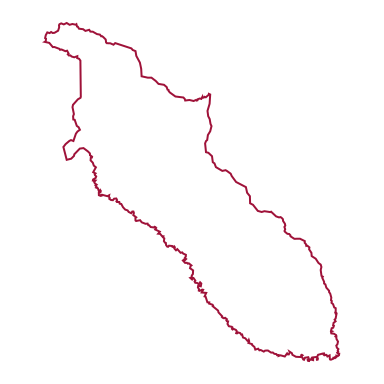 outline of Campo Grande, Mato Grosso do Sul, Brazil
{"feature_id": "56859067B56402233795281", "entity_name": "Campo Grande", "entity_type": "district", "adm_level": 2, "iso_a3": "BRA", "parent_name": "Brazil", "parent_adm1": "Mato Grosso do Sul", "projection": "albers", "projection_center": [-54.243, -20.876], "detail": "fine", "context": "isolated", "style": "outline", "palette": "rose", "viewbox_px": 384, "rotation_deg": 0, "n_neighbors": 0, "source": "geoboundaries", "source_scale": "gbopen_adm2", "svg_char_len": 5933}
<svg xmlns="http://www.w3.org/2000/svg" viewBox="0 0 384 384"><path d="M301.6,355.9L302.1,357.6L303.4,358.6L303.2,359.4L304.0,359.8L305.0,357.7L308.3,357.2L308.8,358.6L307.6,359.8L308.1,360.9L309.1,361.0L309.3,360.1L311.2,359.6L313.1,360.1L313.1,358.9L311.6,358.2L312.1,357.5L317.1,356.9L318.1,354.8L322.5,353.6L324.1,353.4L324.3,354.0L323.5,354.5L324.3,355.3L326.5,354.9L327.4,356.5L329.6,355.4L329.8,358.5L330.0,359.4L330.9,359.7L333.1,358.8L333.3,357.9L334.9,358.2L335.6,357.7L335.2,357.1L336.1,356.9L336.3,355.7L337.5,356.3L339.0,355.2L339.2,353.7L337.7,353.5L337.2,352.6L338.2,351.7L337.7,350.4L338.4,349.1L336.9,347.7L336.3,345.6L337.4,344.3L338.0,341.6L336.5,339.0L336.3,337.1L335.6,336.6L336.4,336.0L336.1,335.1L333.9,333.7L331.3,333.4L331.1,332.6L331.0,331.8L332.0,331.3L331.0,330.9L331.7,328.2L333.2,327.7L333.9,325.8L333.1,325.4L333.6,322.8L335.6,321.3L334.6,319.7L335.6,318.6L336.6,313.3L336.1,312.7L335.5,313.2L335.2,312.4L335.7,311.5L335.7,308.2L334.2,307.4L333.1,304.2L331.5,302.8L331.8,301.0L331.0,300.2L331.3,297.6L330.2,293.6L329.1,292.1L329.1,290.8L326.3,287.6L325.4,284.4L324.1,283.5L324.1,281.8L322.2,277.7L322.8,276.7L321.5,275.9L320.7,270.0L321.4,267.0L320.7,264.6L318.5,263.0L315.7,258.7L311.7,256.1L311.4,252.8L309.1,249.3L309.4,247.4L307.2,245.6L306.3,245.9L305.9,244.1L304.7,242.8L304.8,241.1L299.9,238.7L294.3,238.8L290.5,236.3L290.4,235.3L289.2,234.0L287.4,233.8L285.0,231.8L284.5,231.0L285.2,229.2L284.4,227.0L285.3,225.6L284.9,223.7L283.1,221.0L282.9,219.2L281.8,218.0L280.6,217.1L279.0,217.4L276.1,216.4L271.1,211.7L270.3,212.1L264.4,211.2L261.7,212.0L257.8,210.9L253.0,204.8L250.1,203.3L249.9,196.2L247.1,192.7L245.9,187.1L236.1,182.0L231.7,176.0L230.7,173.7L227.0,171.0L225.6,170.2L222.3,170.9L215.9,167.1L214.5,163.4L212.8,162.2L212.0,156.2L208.4,152.8L206.0,152.2L205.1,143.4L206.0,141.1L207.2,140.0L207.9,135.0L210.2,131.3L211.5,126.1L210.5,123.9L209.7,119.1L208.2,116.2L207.5,110.9L209.6,103.8L210.2,94.5L208.9,93.9L208.8,94.7L205.8,97.3L204.4,96.8L203.8,97.6L202.4,97.8L202.3,97.0L201.3,98.9L199.8,98.5L197.6,99.3L197.5,100.3L196.7,100.6L195.9,100.0L193.6,101.0L189.5,100.0L185.2,100.5L184.8,99.0L183.4,97.5L175.4,96.5L169.9,92.5L168.7,91.1L168.6,90.1L167.5,89.6L166.7,87.1L164.0,84.8L158.5,83.9L155.9,81.1L151.5,77.7L147.9,77.7L141.6,76.3L141.2,68.9L139.9,62.6L136.3,55.9L135.5,51.1L132.7,50.0L131.4,48.4L115.2,43.1L113.5,44.7L110.3,43.3L106.9,43.2L106.1,42.5L105.7,39.5L103.2,37.0L101.9,36.1L101.2,36.3L99.9,34.6L97.0,34.1L92.8,31.7L90.4,31.6L89.2,29.8L85.4,30.9L83.1,29.2L79.0,28.7L77.8,26.7L77.0,26.5L76.4,24.2L75.7,24.7L72.4,24.0L69.6,24.8L66.7,23.0L63.8,24.4L61.2,23.4L59.5,24.2L59.0,25.2L59.2,27.3L58.1,30.7L54.5,32.8L52.7,33.0L51.1,32.0L49.6,33.1L47.3,32.4L45.8,35.1L45.1,38.1L46.0,38.7L45.7,41.4L44.8,41.9L49.3,42.9L52.8,47.1L54.4,47.0L59.5,48.9L60.0,49.8L61.6,49.5L65.4,51.2L67.1,50.7L68.6,53.5L67.8,54.3L68.9,55.5L70.4,55.4L71.6,56.5L74.2,57.3L77.3,56.2L77.2,58.1L79.1,58.8L80.4,60.6L80.8,96.8L80.5,97.8L77.9,99.3L73.0,104.8L72.5,107.2L73.9,114.1L73.1,116.2L73.3,119.5L74.7,119.8L76.8,125.9L78.6,127.2L79.9,129.8L77.5,131.5L75.9,133.7L73.4,141.0L71.0,140.1L69.4,140.9L65.6,144.1L63.4,147.0L66.7,159.8L71.2,158.7L74.0,155.9L74.3,154.3L79.8,148.6L83.5,148.1L87.9,151.4L89.9,153.4L90.0,155.2L92.1,156.7L91.9,157.5L90.8,157.6L90.6,160.4L92.8,162.7L93.8,165.6L95.9,167.3L93.2,172.2L95.5,173.4L94.7,174.2L94.9,175.1L96.2,176.4L95.6,178.0L93.1,179.5L92.9,180.5L95.4,180.6L94.2,182.0L94.8,183.3L96.6,184.7L95.5,185.5L96.7,187.1L96.2,187.6L97.9,188.3L98.9,191.3L99.6,191.5L100.3,190.2L100.8,191.0L100.5,192.1L98.8,192.8L98.9,195.2L100.6,195.9L101.5,195.7L101.3,194.8L102.2,194.8L107.4,196.2L109.1,195.3L108.8,196.6L109.7,197.9L109.3,198.8L111.0,200.0L112.9,200.2L114.1,198.7L116.3,198.5L117.1,200.1L116.4,201.4L116.9,202.0L119.3,202.0L119.7,203.7L121.3,204.0L123.0,207.2L125.2,209.6L127.6,210.4L128.6,211.9L131.2,213.2L132.3,211.5L133.4,211.5L133.9,213.0L133.3,215.1L136.2,217.3L135.4,218.0L135.5,220.5L136.1,221.0L140.1,220.2L141.7,222.3L145.5,223.8L147.6,223.6L148.3,225.2L149.2,225.3L150.6,227.0L154.0,227.5L154.5,226.8L155.4,227.1L156.2,227.9L155.2,229.5L159.8,231.7L158.2,233.7L160.2,233.9L161.9,236.0L163.4,236.3L162.9,237.2L164.3,238.4L163.9,241.1L165.0,242.7L165.8,242.9L166.1,245.1L167.2,246.6L168.1,246.8L169.0,245.7L172.1,246.0L172.4,246.8L173.3,247.0L174.1,246.3L174.8,247.2L174.1,247.9L174.6,248.8L176.0,250.3L177.3,249.1L180.6,252.8L182.2,252.4L183.2,253.6L185.9,254.8L185.8,256.5L184.8,258.0L186.1,259.0L184.8,260.3L183.8,259.8L182.9,260.5L185.1,262.9L186.9,262.8L187.9,263.7L188.8,263.3L191.4,265.4L190.6,266.0L190.0,268.2L193.1,270.4L192.9,274.0L191.8,275.5L191.6,277.4L190.3,277.9L192.0,279.4L192.7,277.8L193.5,278.0L195.3,280.6L194.6,281.6L195.3,282.8L197.0,282.9L198.9,284.1L200.1,282.3L201.3,283.5L200.8,286.3L199.1,286.0L199.0,285.2L198.2,285.6L197.9,287.4L199.0,289.2L198.8,290.6L199.6,290.9L202.2,289.6L203.1,289.8L201.7,292.5L206.2,292.9L204.6,296.4L205.6,296.7L207.4,302.3L209.3,302.4L209.1,303.6L212.5,304.7L213.1,305.5L212.7,306.2L218.1,310.6L218.5,312.4L222.2,316.3L221.9,317.0L222.6,317.7L224.0,318.3L225.1,317.8L226.9,319.2L226.3,320.2L226.8,321.1L228.1,321.4L227.5,323.9L228.8,326.2L231.8,326.8L232.4,327.3L231.9,328.8L232.6,329.5L233.6,328.9L235.9,329.9L236.8,331.2L236.2,333.2L237.0,333.4L238.3,332.5L240.2,333.1L241.3,334.7L242.1,334.5L243.0,337.5L245.3,338.3L247.5,340.9L248.3,341.1L248.8,340.0L249.2,341.2L248.4,342.9L252.1,344.2L252.2,345.1L254.4,346.9L255.3,349.6L258.2,348.7L259.4,350.3L260.7,350.0L263.8,351.6L265.1,350.6L267.9,350.5L271.1,352.6L272.8,352.5L274.3,353.8L276.4,354.1L277.0,355.1L278.5,355.0L278.5,356.0L280.5,355.3L284.8,356.5L287.1,353.4L287.8,354.4L288.8,354.4L289.8,352.4L289.5,351.6L291.9,353.2L292.4,354.8L296.0,356.8L300.5,357.0L301.6,355.9ZM301.6,355.9L301.2,355.2L301.8,354.8L302.5,355.3L301.6,355.9ZM317.7,359.6L317.9,358.6L317.6,357.8L316.8,359.1L317.0,359.8L317.7,359.6Z" fill="none" stroke="#9f1239" stroke-width="2"/></svg>